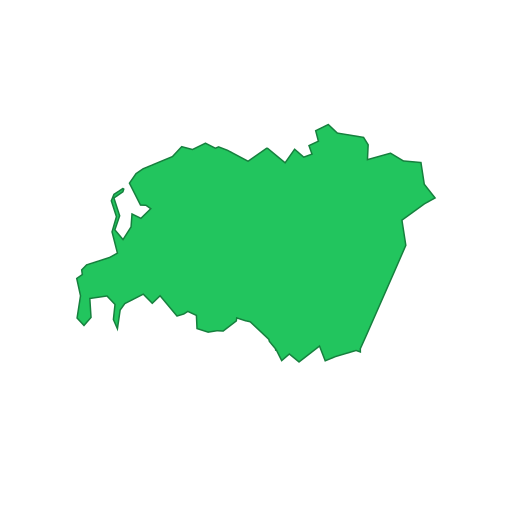 Chesterfield, Virginia, United States of America (Mercator projection), rotated 156°
{"feature_id": "52423323B79488300167847", "entity_name": "Chesterfield", "entity_type": "district", "adm_level": 2, "iso_a3": "USA", "parent_name": "United States of America", "parent_adm1": "Virginia", "projection": "mercator", "projection_center": [-77.515, 37.39], "detail": "fine", "context": "isolated", "style": "filled", "palette": "green", "viewbox_px": 512, "rotation_deg": 156, "n_neighbors": 0, "source": "geoboundaries", "source_scale": "gbopen_adm2", "svg_char_len": 1425}
<svg xmlns="http://www.w3.org/2000/svg" viewBox="0 0 512 512"><g transform="rotate(156 256 256)"><path d="M349.6,370.9L350.2,371.8L360.7,370.1L365.7,365.3L367.5,348.7L377.7,336.6L381.4,315.0L390.2,314.2L414.3,316.8L420.9,314.2L422.2,309.7L428.9,308.4L432.5,291.0L444.7,272.1L441.4,262.5L431.7,267.0L425.1,284.8L408.4,280.1L404.5,269.1L412.1,256.0L412.2,245.9L402.1,261.9L395.2,265.9L374.5,267.0L370.0,255.0L359.8,258.7L352.6,233.3L345.5,232.4L340.8,233.1L334.6,226.0L339.4,213.7L330.7,205.9L322.0,203.6L316.5,200.8L300.4,204.7L298.8,207.3L291.8,201.0L291.3,200.7L288.0,198.2L278.2,174.7L278.5,172.5L275.8,162.9L276.1,162.6L276.3,162.4L276.3,162.0L275.9,161.9L275.9,161.7L275.6,161.2L275.1,150.0L265.4,152.9L259.8,141.7L234.6,147.9L235.4,132.1L224.3,131.8L219.6,131.2L203.0,129.0L199.7,125.9L198.4,128.9L187.2,138.9L135.8,185.6L114.8,204.8L108.1,229.4L80.7,235.2L68.8,236.2L73.1,253.1L67.3,274.3L82.7,282.9L91.3,295.2L115.0,298.7L108.3,312.0L109.5,320.6L131.7,335.2L136.5,346.7L150.5,346.2L152.3,335.5L162.7,335.3L163.4,326.3L172.2,326.9L177.3,337.8L191.5,329.3L201.6,349.6L202.5,350.1L224.7,345.8L239.1,364.2L245.8,370.9L249.3,371.0L256.3,379.6L270.7,379.1L279.4,386.1L291.9,380.8L323.6,381.6L332.0,380.1L342.0,374.0L340.8,349.5L335.9,347.1L332.9,342.0L345.8,337.2L352.2,344.8L358.3,333.4L370.8,325.1L374.3,337.3L364.2,348.2L362.2,366.8L351.5,368.8L349.6,370.9Z" fill="#22c55e" stroke="#15803d" stroke-width="1.5"/></g></svg>